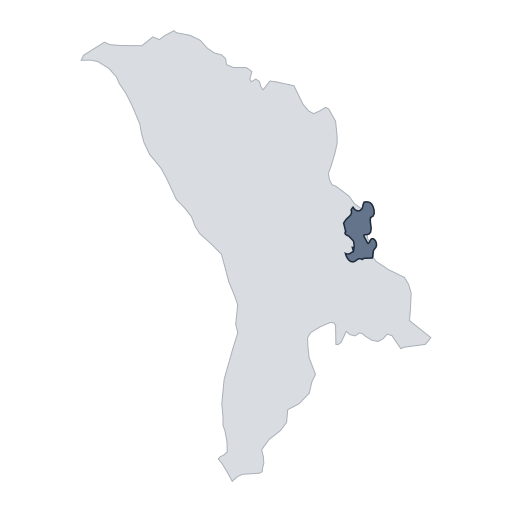 Grigoriopol highlighted on a map of Moldova
{"feature_id": "MDA-1637", "entity_name": "Grigoriopol", "entity_type": "Territorial Unit", "adm_level": 1, "iso_a3": "MDA", "parent_name": "Moldova", "parent_adm1": "", "projection": "albers", "projection_center": [29.428, 47.137], "detail": "fine", "context": "in_parent", "style": "filled", "palette": "slate", "viewbox_px": 512, "rotation_deg": 0, "n_neighbors": 0, "source": "natural_earth", "source_scale": "10m", "svg_char_len": 3091}
<svg xmlns="http://www.w3.org/2000/svg" viewBox="0 0 512 512"><path d="M81.2,60.3L83.5,55.3L104.4,42.2L109.6,44.6L120.2,45.5L141.9,45.7L152.8,36.9L159.4,39.6L164.8,35.6L173.9,30.7L175.2,31.8L176.3,32.7L190.1,35.3L200.4,40.4L207.2,48.1L214.3,53.0L221.7,54.9L225.7,58.8L226.4,64.6L233.3,67.5L246.4,67.6L251.9,71.5L249.8,79.1L251.1,81.7L255.8,79.1L259.3,81.4L261.1,87.1L263.1,89.8L269.9,81.0L277.0,82.0L294.0,85.8L303.0,104.3L308.6,110.9L313.6,113.7L319.9,110.8L325.5,107.4L328.7,109.0L335.6,121.3L337.2,137.2L337.1,143.7L334.6,154.5L331.1,166.0L328.3,173.5L329.4,179.5L331.9,184.6L336.0,186.3L349.4,196.5L354.3,203.6L361.6,208.8L367.1,209.1L370.0,212.0L371.1,215.6L370.3,224.7L367.2,233.3L367.6,238.8L372.5,245.2L373.1,252.8L373.4,257.6L376.0,261.3L388.4,269.6L404.5,277.5L408.6,284.4L411.2,293.1L410.5,307.8L409.5,320.6L430.8,337.6L428.4,340.8L425.2,344.4L404.9,347.1L400.8,348.6L392.0,335.7L387.3,334.1L383.0,338.8L378.0,341.5L371.8,340.2L365.3,336.2L362.0,333.4L359.3,333.0L355.2,335.9L349.8,334.6L346.2,331.4L341.1,342.4L337.9,344.7L335.9,344.4L335.6,325.7L334.1,322.9L330.1,322.5L320.2,326.8L310.8,332.5L307.6,337.6L307.9,346.8L309.1,357.7L315.5,374.4L311.9,381.6L309.3,393.1L299.1,403.7L287.7,409.7L286.6,422.4L280.1,430.9L269.1,439.4L261.7,449.7L263.4,456.9L263.8,463.6L262.5,468.2L262.2,471.7L259.3,473.2L242.5,474.3L237.7,476.4L232.2,481.3L227.1,471.8L222.0,463.5L218.2,459.0L219.9,457.0L224.1,454.8L227.2,452.0L227.0,442.2L225.0,430.9L223.0,425.5L223.0,416.9L221.8,403.6L224.2,379.0L233.0,348.1L237.8,332.8L235.7,324.4L237.7,304.7L234.3,294.9L228.9,282.1L221.5,254.3L211.8,244.5L199.8,233.7L194.8,225.6L191.5,216.7L184.5,207.8L176.4,199.6L167.0,179.3L162.1,170.1L160.6,167.7L149.7,154.5L144.1,142.8L141.4,133.1L139.9,124.3L132.6,106.6L125.9,93.3L119.4,83.7L116.5,77.0L108.9,68.5L97.8,61.5L90.6,60.1L81.2,60.3Z" fill="#d9dde1" stroke="#a8b0b8" stroke-width="1"/><path d="M353.1,207.1L354.1,208.8L355.5,210.0L357.0,210.8L358.6,210.9L360.2,210.4L362.0,208.7L362.7,206.6L363.1,204.4L364.1,202.1L366.2,201.8L368.2,202.0L370.1,202.7L371.8,204.2L373.1,206.7L374.1,210.2L374.2,213.6L373.0,216.2L370.5,217.5L370.2,220.7L371.2,228.5L370.6,232.1L369.2,233.9L367.0,234.6L364.2,234.8L363.9,235.3L363.9,235.7L363.9,236.2L364.2,236.7L367.3,242.5L368.1,243.4L369.2,242.5L370.1,240.6L371.3,238.9L373.2,238.7L374.5,239.6L375.7,241.2L376.4,243.2L376.5,245.5L375.8,247.5L374.6,248.9L373.5,250.5L372.7,256.1L372.3,258.0L372.2,258.0L363.9,258.3L362.3,259.5L362.2,259.5L362.0,259.2L359.6,258.6L357.6,259.3L355.7,260.8L353.5,261.9L350.9,261.6L349.4,260.6L349.1,260.4L347.5,258.4L346.2,256.0L345.4,253.4L346.8,254.0L348.4,254.0L350.0,253.5L352.6,251.8L353.0,251.9L353.2,251.6L353.7,250.5L353.7,250.4L353.3,250.6L352.9,249.6L352.3,247.3L353.0,247.4L353.9,247.9L354.0,248.0L354.2,246.1L353.7,241.8L353.1,240.6L352.3,239.8L348.9,236.2L346.4,235.0L345.8,234.5L345.4,234.2L345.0,233.2L345.1,232.2L345.8,231.8L345.5,230.9L345.3,230.0L343.6,223.1L346.2,219.3L349.5,216.2L350.7,214.9L351.5,213.2L351.4,211.2L351.2,209.6L352.9,207.2L353.1,207.1L353.1,207.1Z" fill="#64748b" stroke="#1e293b" stroke-width="1.5"/></svg>